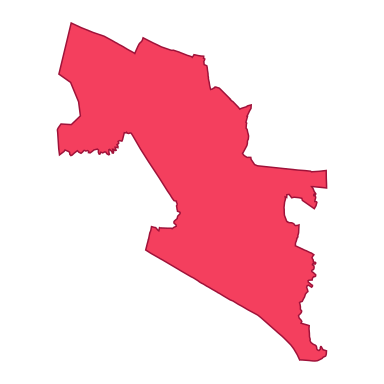 Jonacatepec, Morelos, Mexico
{"feature_id": "50627088B27637916408907", "entity_name": "Jonacatepec", "entity_type": "district", "adm_level": 2, "iso_a3": "MEX", "parent_name": "Mexico", "parent_adm1": "Morelos", "projection": "robinson", "projection_center": [-98.798, 18.657], "detail": "fine", "context": "isolated", "style": "filled", "palette": "rose", "viewbox_px": 384, "rotation_deg": 0, "n_neighbors": 0, "source": "geoboundaries", "source_scale": "gbopen_adm2", "svg_char_len": 5940}
<svg xmlns="http://www.w3.org/2000/svg" viewBox="0 0 384 384"><path d="M325.2,356.3L325.8,355.8L326.3,354.0L326.5,350.8L323.0,349.7L321.2,346.6L320.9,346.5L320.7,346.6L320.3,347.6L320.3,349.2L319.5,350.0L319.3,350.4L319.1,350.5L318.7,350.5L318.1,350.2L317.9,350.0L317.5,349.9L317.1,349.5L317.0,349.2L316.7,348.5L316.7,347.9L316.6,347.2L316.2,346.0L315.2,345.1L313.5,344.4L310.9,342.5L310.0,340.5L310.0,339.9L310.2,339.3L309.5,336.9L309.4,333.2L309.0,328.7L309.2,325.6L307.3,325.0L302.4,323.6L301.0,323.1L301.8,321.4L300.9,319.9L299.2,318.1L298.5,315.7L299.5,314.5L300.5,313.6L301.4,312.3L301.7,311.0L300.4,309.3L300.4,306.7L300.0,304.3L299.5,302.7L300.1,302.1L302.2,301.4L303.6,298.6L304.5,297.1L305.4,294.2L306.8,292.4L307.9,291.6L307.6,290.1L306.6,287.3L307.1,285.8L308.5,285.2L311.6,287.2L312.4,286.4L312.5,285.3L311.5,284.7L308.2,282.0L308.1,280.7L309.0,280.2L312.2,280.0L312.4,278.3L313.6,276.7L314.8,276.7L315.6,276.1L315.7,275.5L315.6,274.5L314.5,273.8L313.4,272.5L312.6,272.2L311.8,271.4L311.8,270.5L312.5,269.9L313.4,269.6L313.9,268.8L314.1,267.1L313.9,265.9L312.4,264.8L312.5,264.1L313.1,263.7L315.1,264.1L315.8,263.0L315.1,262.2L313.4,262.1L313.2,259.9L312.5,258.9L312.0,257.6L312.7,256.3L313.9,254.8L312.4,253.7L311.1,252.9L310.1,252.6L306.2,250.7L305.4,250.4L305.2,250.4L296.1,246.1L295.6,245.8L295.4,245.8L295.5,242.9L296.3,241.0L296.9,238.8L296.7,238.5L296.8,238.2L297.6,237.6L297.7,237.1L297.9,236.7L297.8,235.6L298.4,233.7L298.6,232.8L299.0,224.9L297.9,225.3L295.6,225.6L295.3,225.5L294.6,225.0L294.0,224.0L293.5,223.6L291.8,222.8L288.8,222.6L287.7,221.8L287.5,222.0L286.7,221.3L284.4,215.2L284.2,211.5L284.2,209.5L284.0,207.6L284.6,202.1L285.5,199.0L285.2,196.9L286.7,197.5L286.8,194.7L289.1,194.4L291.7,197.8L294.1,197.2L299.0,197.7L301.8,198.3L302.4,200.4L314.3,208.7L316.0,205.7L316.9,202.3L316.5,201.8L315.8,201.5L314.8,201.5L315.0,200.0L315.5,198.5L315.7,197.3L315.3,196.0L313.9,195.7L313.7,195.2L313.8,194.7L314.2,194.1L315.2,194.6L315.6,194.4L315.8,193.8L314.1,191.3L313.8,190.4L313.0,188.5L311.6,186.6L313.1,186.6L322.9,187.6L326.6,188.0L326.5,183.1L326.3,178.4L326.2,170.5L319.2,171.3L311.4,171.8L310.6,171.2L305.3,170.6L298.2,170.1L265.1,166.6L257.5,165.8L254.6,164.6L251.1,159.4L250.8,157.4L248.6,157.3L248.3,157.4L247.1,157.4L244.8,156.0L243.7,155.1L242.5,153.3L243.2,152.4L244.3,150.4L246.8,145.7L247.0,145.1L247.4,143.2L247.4,141.6L247.6,140.5L248.3,139.2L248.5,137.1L248.6,136.0L248.2,134.1L247.7,132.4L247.1,129.4L246.1,128.2L246.4,124.0L246.7,123.3L246.7,123.1L245.9,122.3L247.5,116.4L247.0,116.2L248.4,113.4L249.6,110.8L251.0,108.4L251.2,104.9L249.2,105.4L247.2,106.0L246.8,106.6L246.6,106.7L242.1,108.1L240.2,108.8L239.8,109.1L238.4,107.3L233.0,101.7L231.4,100.6L231.0,100.2L230.2,99.4L230.4,99.2L224.0,92.8L220.3,89.1L219.2,88.1L218.6,87.9L217.5,87.6L215.2,86.8L215.3,86.7L214.6,87.8L214.1,87.9L213.8,88.0L213.0,88.5L212.6,88.9L210.6,89.5L209.7,85.7L209.3,83.2L209.2,82.3L208.9,81.1L208.4,78.6L208.4,77.1L208.1,76.0L208.0,73.4L207.5,70.4L207.2,67.5L206.9,66.2L206.8,65.8L204.2,64.6L204.0,63.4L204.0,62.7L203.7,61.8L204.4,60.3L204.8,59.0L203.5,58.3L203.7,57.5L203.7,56.2L202.3,56.1L200.9,56.0L198.4,55.6L195.7,55.0L194.8,54.8L194.0,54.7L194.0,55.0L192.2,57.3L191.9,56.8L190.4,56.3L188.6,55.7L187.4,55.4L186.2,54.9L181.1,52.9L179.6,52.3L179.5,52.2L173.4,50.2L172.6,50.3L171.3,50.3L161.4,46.9L160.2,46.3L159.6,46.0L157.6,45.0L153.1,42.9L143.1,37.8L142.3,40.3L142.0,40.8L141.3,41.7L139.7,43.2L139.0,44.2L137.7,46.8L135.2,52.4L135.2,52.5L134.8,53.5L133.9,52.8L133.6,52.7L130.8,51.1L130.3,50.9L126.4,48.7L125.9,48.3L124.7,47.7L123.9,47.1L121.2,45.6L120.5,45.2L120.4,45.2L119.7,44.9L116.4,42.9L116.0,42.8L112.4,40.7L104.1,36.2L93.2,32.5L81.1,27.6L71.2,23.0L58.9,74.1L70.6,82.4L78.6,101.8L80.4,115.9L71.3,124.6L61.0,124.0L58.3,127.8L57.5,129.4L57.4,130.1L57.7,132.6L58.7,148.5L59.5,154.9L64.0,151.5L65.0,150.0L68.3,151.4L69.6,152.3L69.8,154.3L70.9,155.6L72.1,155.1L74.4,153.0L77.4,150.7L78.8,152.2L81.0,153.3L82.4,152.2L83.9,150.5L84.6,150.4L85.7,151.0L87.7,150.6L88.8,151.5L88.5,152.6L90.1,152.9L91.8,151.7L94.0,149.9L97.4,149.1L98.5,150.1L98.3,152.1L99.0,154.0L99.8,154.2L100.8,152.2L102.7,152.9L104.8,151.9L105.8,152.1L106.9,153.8L108.6,154.8L109.4,154.5L108.9,152.2L108.9,149.7L109.7,149.4L111.9,151.7L112.3,153.0L113.3,153.1L113.6,152.2L112.6,149.3L113.9,149.4L114.9,150.6L116.1,150.3L115.1,147.3L116.4,147.3L117.9,147.7L118.0,146.4L117.0,144.6L117.5,144.2L118.3,143.8L118.8,143.1L118.1,141.4L119.6,140.6L121.9,141.1L122.5,139.8L124.3,132.7L126.2,132.9L126.6,132.3L127.5,133.2L128.6,133.5L130.2,132.9L131.3,133.3L133.2,136.4L140.5,149.0L148.5,161.6L159.2,177.8L167.5,191.0L170.2,194.9L171.4,196.9L172.5,198.6L174.0,200.6L175.1,200.9L175.9,201.0L176.4,201.2L176.5,202.4L177.2,203.7L177.1,205.0L176.8,205.3L176.5,205.9L176.9,207.8L177.0,209.2L177.3,210.0L177.5,211.3L178.6,211.6L180.1,212.4L180.1,213.6L179.3,214.5L177.8,216.0L177.3,217.5L177.3,218.5L175.3,220.2L174.4,221.0L173.9,221.9L174.0,223.1L176.1,225.0L176.2,226.3L173.8,227.4L172.1,228.7L171.3,228.2L167.2,228.2L159.9,227.9L159.5,227.7L158.8,230.8L157.8,230.1L156.7,228.8L155.7,227.6L154.4,227.4L151.5,226.6L150.9,230.0L150.6,231.0L149.8,232.9L148.5,239.5L148.3,239.5L147.9,241.5L147.3,243.6L145.7,250.0L150.7,253.2L151.7,253.8L151.9,253.9L159.3,258.1L159.7,258.4L161.9,259.6L162.0,259.6L174.5,267.0L178.9,269.6L179.5,270.0L182.4,271.7L191.2,276.8L193.3,277.8L197.9,280.7L199.6,282.0L201.6,283.2L203.3,284.0L206.8,286.2L208.4,287.0L211.9,289.1L212.2,289.3L214.8,290.7L215.0,290.9L216.8,291.9L218.3,292.9L218.5,292.9L220.1,293.8L222.0,295.0L223.8,296.1L230.2,299.9L233.0,301.0L238.3,304.3L241.7,306.1L247.6,309.6L257.6,315.0L258.4,315.6L260.9,317.6L278.1,332.8L282.2,336.3L285.8,339.8L290.8,344.9L293.1,347.9L293.1,348.0L293.5,348.4L297.3,354.8L299.7,360.0L300.0,359.9L302.6,360.0L309.0,360.5L312.6,360.9L314.8,361.0L316.8,360.8L317.4,360.7L318.4,360.3L322.0,358.5L323.2,357.2L325.2,356.3Z" fill="#f43f5e" stroke="#9f1239" stroke-width="1.5"/></svg>